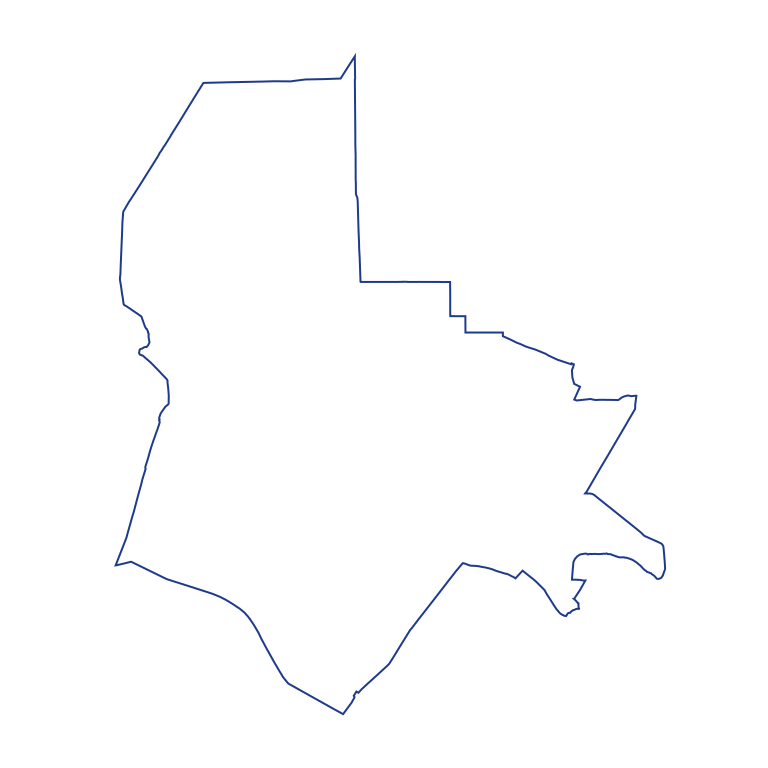 outline of Garliciu, Constanta, Romania, rotated 268°
{"feature_id": "2599482B92428922376661", "entity_name": "Garliciu", "entity_type": "district", "adm_level": 2, "iso_a3": "ROU", "parent_name": "Romania", "parent_adm1": "Constanta", "projection": "natural_earth1", "projection_center": [28.106, 44.755], "detail": "fine", "context": "isolated", "style": "outline", "palette": "blue", "viewbox_px": 768, "rotation_deg": 268, "n_neighbors": 0, "source": "geoboundaries", "source_scale": "gbopen_adm2", "svg_char_len": 5811}
<svg xmlns="http://www.w3.org/2000/svg" viewBox="0 0 768 768"><g transform="rotate(268 384 384)"><path d="M55.5,331.6L60.8,335.8L66.7,340.5L71.7,343.5L72.5,343.5L73.4,342.9L77.6,345.7L76.3,347.6L79.9,351.2L85.0,357.1L94.8,368.7L97.9,372.3L100.9,375.8L103.9,379.2L110.4,383.7L120.1,390.1L137.3,401.6L138.3,402.5L138.7,403.0L146.7,409.5L153.7,415.4L169.6,428.7L184.4,441.0L194.3,449.3L200.2,454.6L202.0,456.3L202.2,456.5L201.6,458.8L201.3,459.6L200.4,461.5L199.8,463.1L199.4,464.4L199.3,466.0L199.0,469.2L198.6,472.1L198.0,474.6L196.9,479.7L196.6,480.7L196.2,482.2L195.5,484.4L194.8,486.3L194.1,487.9L193.5,489.2L192.8,491.0L191.5,495.0L190.7,497.2L190.3,498.3L189.9,500.1L190.0,500.2L189.0,502.2L187.9,504.1L186.7,506.4L185.2,508.7L185.4,508.8L192.6,516.0L192.1,516.6L186.8,522.7L184.3,525.7L182.4,527.8L181.3,529.0L172.6,537.1L172.0,537.5L168.8,539.1L167.7,539.7L164.1,541.9L156.7,546.2L155.2,547.1L152.7,548.7L150.5,550.5L149.1,551.5L147.5,553.5L147.3,553.9L146.0,556.3L145.8,558.0L147.2,558.9L148.4,559.8L148.7,560.4L148.8,560.9L148.9,562.2L149.9,562.9L150.6,563.8L151.3,565.0L151.2,565.1L151.9,566.9L152.5,568.3L152.6,569.9L152.4,570.9L152.7,571.1L153.5,570.8L154.2,570.7L155.8,570.6L157.4,570.6L158.1,570.7L158.3,570.1L159.5,569.2L161.3,567.7L162.6,566.4L162.6,566.5L171.6,572.9L180.6,578.4L180.6,576.6L181.4,572.8L181.8,568.1L181.9,565.0L191.5,566.1L198.0,566.9L199.4,567.1L202.5,568.7L205.0,571.1L206.8,574.1L207.5,579.3L207.2,580.9L206.6,581.6L206.6,582.4L207.0,583.0L206.8,586.1L206.9,588.3L206.6,591.3L206.5,594.2L206.7,597.2L206.6,599.5L206.9,600.6L206.3,601.6L205.9,604.9L205.2,606.1L204.8,607.1L204.4,608.4L203.8,609.4L203.7,610.3L203.0,611.5L202.7,612.9L202.5,613.7L202.4,617.1L202.4,618.0L202.1,618.5L201.9,619.5L202.0,620.1L201.7,621.0L200.2,624.9L199.4,626.5L196.9,630.1L193.5,633.9L190.3,636.7L188.6,638.4L188.3,639.2L187.3,640.0L187.0,640.4L186.3,642.3L185.7,643.5L185.5,644.4L184.8,644.8L184.3,645.4L183.9,646.1L183.4,646.8L182.1,648.1L179.9,649.8L179.6,651.2L179.8,652.3L180.4,654.0L181.0,654.6L181.8,655.1L182.3,655.4L182.6,655.9L185.3,656.9L187.5,657.8L188.7,658.3L189.1,658.4L190.0,658.5L191.1,658.5L197.5,658.3L206.3,657.9L210.9,657.6L211.8,657.5L212.9,657.1L214.2,656.3L215.0,655.3L216.3,652.9L220.8,643.6L222.9,639.4L223.7,638.2L224.9,637.2L225.9,636.3L228.2,633.8L235.3,625.6L257.3,600.0L260.9,595.8L264.5,591.6L265.6,590.5L266.2,589.4L266.7,588.6L267.1,587.5L267.3,586.3L267.4,584.5L267.6,581.2L268.2,581.7L268.2,582.1L278.1,588.3L292.1,597.1L300.5,602.5L303.9,604.7L323.0,616.8L326.6,619.1L333.5,623.5L338.2,626.4L340.9,628.1L350.1,634.0L351.7,634.2L353.5,634.3L354.3,634.3L355.6,634.5L358.5,635.0L363.4,635.8L363.4,635.7L363.5,635.0L363.2,630.5L363.7,629.0L364.0,627.2L363.7,625.8L363.2,623.6L362.4,621.5L360.6,618.9L359.8,617.5L359.8,616.9L360.0,614.5L360.7,599.3L360.6,595.3L360.9,593.5L361.3,591.7L361.8,589.9L360.8,576.0L361.8,573.6L374.4,579.8L377.5,574.1L383.9,572.5L391.3,572.3L393.9,573.5L396.2,574.2L396.3,574.1L397.1,574.4L398.1,572.1L397.2,571.7L401.9,559.1L402.2,558.2L406.8,549.2L408.4,546.9L410.8,541.6L413.2,536.3L415.2,530.5L416.7,526.6L418.9,522.3L420.8,517.8L423.8,512.3L426.3,507.2L427.6,504.5L431.3,504.6L431.9,486.8L432.6,467.2L448.9,467.7L449.3,457.6L449.5,452.6L453.7,452.7L459.6,452.9L465.5,453.1L475.0,453.4L483.6,453.6L483.7,451.3L483.8,447.6L484.1,441.8L484.8,423.1L485.2,411.0L485.3,410.8L485.5,407.5L485.5,407.2L485.5,406.0L485.4,406.0L486.8,364.2L487.0,364.1L501.5,364.1L510.6,364.1L520.8,363.9L525.1,364.0L537.6,363.9L567.3,364.1L571.6,363.8L572.7,363.2L574.5,362.6L576.3,362.6L586.7,362.9L588.6,362.8L613.4,363.6L623.9,363.7L633.5,364.0L643.4,364.3L643.5,364.3L689.4,365.5L689.9,365.8L701.1,366.0L711.0,366.2L712.5,366.3L701.6,358.7L690.8,351.3L690.8,344.9L690.8,334.5L691.1,315.9L689.7,301.0L690.4,284.9L690.5,273.0L690.7,258.2L690.9,243.7L691.0,237.4L691.0,236.0L691.2,214.9L691.2,214.1L690.9,213.8L679.6,206.2L670.6,200.2L665.8,197.0L652.5,188.2L640.4,180.0L640.3,179.8L639.4,179.5L638.9,179.1L629.9,173.1L629.0,172.3L624.8,169.5L623.9,168.8L622.9,168.0L622.2,167.5L621.2,167.1L619.8,166.2L612.0,161.0L610.5,160.0L608.5,158.6L601.9,154.1L593.0,148.1L581.7,140.3L574.5,135.2L569.7,132.2L565.8,129.7L564.4,129.3L560.8,128.9L555.5,128.3L552.9,128.1L549.6,127.9L546.6,127.7L511.6,125.0L503.1,124.4L501.3,124.2L500.9,124.0L497.5,123.7L490.9,124.6L483.0,125.4L477.9,126.1L477.2,126.1L473.6,126.5L472.5,126.7L472.3,126.8L470.0,130.3L462.7,140.2L460.1,143.7L459.7,144.0L457.1,144.8L452.9,146.1L449.8,147.1L448.9,147.5L448.5,147.8L447.7,148.1L447.3,148.8L444.6,150.0L443.4,150.0L442.5,150.6L440.3,150.4L438.6,150.4L435.8,150.8L435.7,150.8L434.0,151.1L433.3,150.9L430.8,149.5L429.3,148.0L429.3,147.0L429.1,145.6L428.5,144.7L427.9,143.6L427.4,141.9L426.9,141.1L426.1,140.8L424.5,140.6L423.9,140.3L423.0,140.5L422.2,140.9L421.8,141.2L421.5,142.1L420.6,144.2L418.2,146.6L416.7,148.3L413.7,151.5L407.6,157.1L396.3,167.1L394.9,167.8L392.6,167.7L387.2,168.2L380.1,168.5L372.2,168.1L371.2,167.7L369.0,164.8L364.5,161.3L362.0,159.6L358.0,158.1L356.3,158.5L355.8,157.9L355.4,158.1L354.1,158.5L352.8,158.3L345.8,155.7L342.4,154.3L338.0,152.6L335.0,151.4L330.0,149.5L325.1,147.8L318.0,145.6L310.2,142.8L308.7,142.5L307.5,142.8L296.8,139.1L292.0,137.8L284.5,135.4L277.4,133.2L272.1,131.6L265.4,129.6L258.0,127.1L252.3,125.3L245.2,123.0L239.3,121.2L212.1,109.5L212.3,111.0L213.7,118.0L215.2,125.1L196.6,160.0L182.8,198.5L182.3,199.9L180.7,204.2L180.3,205.3L176.9,212.9L173.8,218.4L171.9,221.4L169.4,225.1L164.4,232.1L160.5,236.5L156.3,240.0L153.8,241.7L153.6,242.0L153.4,242.0L152.9,242.3L148.0,245.4L139.9,249.8L139.5,250.0L133.0,252.8L132.6,253.1L132.3,253.2L122.7,257.9L121.5,258.6L118.5,260.1L110.1,264.4L104.8,267.3L100.3,269.7L96.3,272.0L94.9,272.7L93.9,273.4L89.1,277.0L87.9,278.0L60.9,322.5L55.5,331.6Z" fill="none" stroke="#1e3a8a" stroke-width="2"/></g></svg>